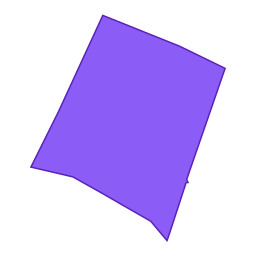 Westall Group/The Mangue, Vieux Fort, Saint Lucia (orthographic projection)
{"feature_id": "8701671B97284253822936", "entity_name": "Westall Group/The Mangue", "entity_type": "district", "adm_level": 2, "iso_a3": "LCA", "parent_name": "Saint Lucia", "parent_adm1": "Vieux Fort", "projection": "orthographic", "projection_center": [-60.953, 13.727], "detail": "fine", "context": "isolated", "style": "filled", "palette": "violet", "viewbox_px": 256, "rotation_deg": 0, "n_neighbors": 0, "source": "geoboundaries", "source_scale": "gbopen_adm2", "svg_char_len": 341}
<svg xmlns="http://www.w3.org/2000/svg" viewBox="0 0 256 256"><path d="M188.0,182.5L186.7,179.4L225.1,68.4L199.9,56.1L179.5,46.2L102.8,15.4L58.5,111.6L30.9,167.1L72.9,176.9L101.6,193.0L120.8,204.1L150.8,221.3L167.0,240.6L169.1,234.7L184.6,187.3L185.3,185.1L186.0,182.7L188.0,182.5Z" fill="#8b5cf6" stroke="#5b21b6" stroke-width="1.5"/></svg>